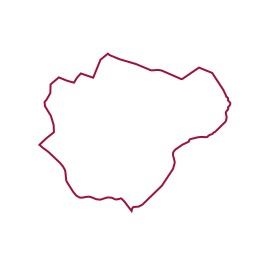 the Prefecture of Ouaddaï, rotated 112°
{"feature_id": "TCD-1475", "entity_name": "Ouaddaï", "entity_type": "Prefecture", "adm_level": 1, "iso_a3": "TCD", "parent_name": "Chad", "parent_adm1": "", "projection": "equal_earth", "projection_center": [21.069, 13.569], "detail": "fine", "context": "isolated", "style": "outline", "palette": "rose", "viewbox_px": 256, "rotation_deg": 112, "n_neighbors": 0, "source": "natural_earth", "source_scale": "10m", "svg_char_len": 1716}
<svg xmlns="http://www.w3.org/2000/svg" viewBox="0 0 256 256"><g transform="rotate(112 128 128)"><path d="M203.6,93.6L197.7,103.5L196.0,107.3L195.9,108.2L197.6,110.3L198.7,112.2L199.0,113.6L198.8,115.2L198.8,117.3L200.1,121.1L204.8,126.8L205.9,130.6L205.9,136.2L206.2,138.1L207.2,140.4L209.8,144.5L210.6,146.8L210.0,150.8L207.5,155.3L200.8,164.6L199.6,165.7L191.8,169.8L190.5,170.8L188.0,173.9L185.9,177.8L180.0,192.8L178.1,200.1L177.0,203.1L176.8,203.8L168.6,200.1L159.7,195.1L153.0,198.1L145.6,204.1L138.9,213.1L135.2,215.1L132.2,214.1L124.8,213.1L116.6,216.1L107.0,211.1L107.0,202.1L106.2,195.1L100.3,194.1L95.1,192.1L94.4,179.1L83.2,179.1L75.0,179.1L66.6,174.5L67.1,173.1L67.3,172.0L67.4,161.7L65.7,144.2L65.9,128.5L65.7,127.6L63.1,122.3L62.5,120.4L62.1,118.1L62.7,96.9L62.4,96.3L61.7,95.7L45.4,84.8L45.4,70.6L56.9,54.0L60.9,49.6L62.1,48.7L62.4,47.3L62.7,46.7L62.9,46.4L64.7,45.7L65.1,45.3L65.3,44.9L65.8,43.7L66.3,42.8L66.8,42.4L67.3,42.2L68.6,42.1L69.1,42.2L69.9,42.4L70.3,42.6L70.7,42.8L71.0,43.0L71.4,43.0L71.7,42.8L72.4,42.4L72.7,42.2L73.1,42.2L75.6,43.0L76.5,43.1L77.0,43.1L77.4,43.0L80.8,40.7L81.1,40.5L81.4,40.4L84.7,39.9L85.4,40.0L85.9,40.1L98.8,45.7L99.1,45.9L99.7,46.5L100.0,46.8L101.6,47.4L102.0,47.6L102.3,47.9L103.4,49.2L104.0,49.8L104.6,50.2L106.6,51.2L106.9,51.5L107.1,51.9L107.3,52.3L108.9,56.9L110.6,60.0L114.9,65.9L115.2,66.2L115.7,66.5L116.3,66.7L117.2,66.5L117.6,66.6L118.0,66.6L123.1,71.3L130.1,75.9L132.6,76.8L134.0,76.9L134.8,76.7L136.2,76.1L136.9,75.7L138.2,74.7L138.8,74.2L142.1,71.9L144.2,71.4L148.5,71.0L149.5,71.0L168.9,75.0L193.6,85.9L196.6,88.4L197.0,88.9L198.8,92.5L199.5,93.6L200.5,93.9L201.6,93.9L203.6,93.6L203.6,93.6Z" fill="none" stroke="#9f1239" stroke-width="2"/></g></svg>